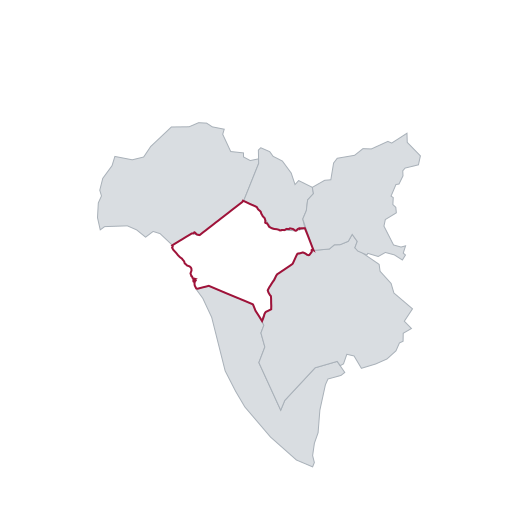 map of Kenya with United Republic of Tanzania, Somalia, Ethiopia and 2 others greyed out, rotated 113°
{"feature_id": "KEN", "entity_name": "Kenya", "entity_type": "country or territory", "adm_level": 0, "iso_a3": "KEN", "parent_name": "Africa", "parent_adm1": "", "projection": "orthographic", "projection_center": [37.674, 0.4], "detail": "fine", "context": "with_neighbors", "style": "outline", "palette": "rose", "viewbox_px": 512, "rotation_deg": 113, "n_neighbors": 5, "source": "natural_earth", "source_scale": "50m", "svg_char_len": 5324}
<svg xmlns="http://www.w3.org/2000/svg" viewBox="0 0 512 512"><g transform="rotate(113 256 256)"><path d="M210.2,288.9L259.4,316.7L260.3,324.2L278.8,337.1L272.9,353.0L273.6,360.3L281.8,365.0L278.6,376.1L278.5,386.2L288.1,406.8L292.8,409.6L282.6,416.9L268.7,421.9L261.1,421.7L256.5,425.5L244.4,427.4L229.1,423.8L219.5,424.8L215.8,407.5L208.8,398.1L196.3,395.7L170.3,384.3L163.2,368.1L155.7,360.9L153.0,353.4L154.2,346.7L151.7,334.8L157.0,334.2L169.7,320.1L166.0,307.8L169.7,306.2L170.4,298.6L165.3,291.2L169.8,289.7L210.2,288.9Z" fill="#d9dde1" stroke="#a8b0b8" stroke-width="1"/><path d="M302.1,287.7L301.9,240.5L316.7,221.7L324.9,221.4L336.3,212.3L353.0,211.7L388.3,173.0L377.7,173.1L335.8,157.9L321.3,140.1L328.5,128.8L332.7,131.1L341.1,141.7L347.4,141.8L372.9,137.0L394.4,129.8L405.5,129.1L417.6,125.9L423.3,121.6L428.0,121.5L428.0,139.1L417.0,171.9L399.3,207.3L388.6,221.8L373.8,239.5L329.8,272.8L315.7,288.5L309.8,298.4L302.1,287.7Z" fill="#d9dde1" stroke="#a8b0b8" stroke-width="1"/><path d="M388.3,173.0L353.0,211.7L336.3,212.3L324.9,221.4L316.7,221.7L313.1,225.8L304.3,225.8L299.1,221.4L287.3,226.8L283.5,232.2L264.9,229.9L248.5,218.9L239.5,218.9L235.1,214.7L235.1,207.4L228.4,205.3L220.9,191.2L215.0,188.2L212.8,183.1L206.4,176.8L198.5,175.9L203.0,168.5L209.8,168.2L215.6,139.4L221.6,135.8L228.5,120.9L236.2,114.6L243.5,91.3L258.1,94.0L262.0,84.6L269.6,90.3L277.0,87.3L280.0,90.0L288.6,90.1L299.6,95.2L308.6,103.6L318.2,115.1L309.7,126.7L311.0,134.0L321.1,133.3L324.0,135.6L321.3,140.1L335.8,157.9L377.7,173.1L388.3,173.0Z" fill="#d9dde1" stroke="#a8b0b8" stroke-width="1"/><path d="M210.2,288.9L169.8,289.7L157.6,295.2L154.5,293.9L154.6,284.1L157.6,279.2L158.3,268.8L165.9,256.0L175.0,248.0L169.9,246.2L170.8,231.0L176.1,227.5L184.2,230.4L194.6,227.4L203.7,227.4L211.7,221.5L217.8,230.5L224.9,251.9L210.1,275.1L210.2,288.9Z" fill="#d9dde1" stroke="#a8b0b8" stroke-width="1"/><path d="M170.8,231.0L159.5,222.4L156.6,216.9L140.1,220.9L134.3,219.4L124.8,204.6L115.4,199.5L112.4,191.7L99.0,179.4L99.0,175.2L84.0,165.0L92.3,161.2L99.6,143.8L108.6,142.1L116.8,153.1L120.2,154.2L124.8,152.0L133.9,152.5L135.5,155.1L148.1,155.1L148.6,152.5L155.2,150.1L156.6,146.3L161.4,143.7L171.9,151.2L178.5,149.9L192.1,133.7L191.1,126.0L188.2,122.3L195.8,121.6L196.7,118.8L202.5,119.7L200.9,129.1L202.2,138.3L208.7,143.3L209.9,154.1L211.7,154.3L211.7,164.3L209.8,168.2L203.0,168.5L198.5,175.9L206.4,176.8L212.8,183.1L215.0,188.2L220.9,191.2L228.4,205.3L203.7,227.4L194.6,227.4L184.2,230.4L176.1,227.5L170.8,231.0Z" fill="#d9dde1" stroke="#a8b0b8" stroke-width="1"/><path d="M210.2,289.6L210.2,287.3L210.5,281.7L210.5,276.8L210.7,274.3L212.0,272.7L212.5,271.6L212.9,270.0L213.6,268.7L215.0,267.7L215.3,267.1L216.8,265.3L217.7,263.0L218.4,262.3L219.3,261.6L219.9,261.2L220.9,260.8L221.7,260.6L221.8,260.4L221.9,260.1L221.6,258.7L222.0,258.2L222.5,257.3L223.1,256.4L223.7,255.8L224.0,255.3L224.1,254.3L224.2,253.6L224.2,252.4L224.0,249.8L223.3,247.6L222.9,245.2L223.2,244.4L222.7,243.0L222.5,242.9L222.1,242.6L221.5,241.3L221.1,240.0L220.9,239.7L219.2,238.6L218.3,236.1L217.3,235.6L216.8,233.0L216.7,232.3L217.3,229.8L217.2,229.2L216.7,228.7L215.0,228.2L213.7,227.1L213.9,226.8L214.0,226.4L213.3,226.2L211.3,221.9L213.9,219.3L216.5,216.7L219.9,213.4L223.0,210.4L225.7,207.8L228.1,205.4L228.0,205.9L228.0,206.5L228.3,206.8L228.8,207.1L229.5,206.8L230.1,206.4L230.6,206.4L234.2,207.3L234.8,208.2L234.8,209.1L234.9,209.8L234.6,210.4L234.3,212.4L234.4,214.3L235.5,215.6L236.4,216.7L237.2,218.2L237.7,218.7L238.5,218.9L241.0,219.0L244.6,219.1L248.1,219.2L248.4,219.2L249.2,219.4L252.4,221.4L255.3,223.3L257.8,224.9L260.2,226.5L262.6,228.0L264.4,229.3L266.2,229.7L269.2,229.8L271.2,229.9L273.1,230.4L275.8,230.9L277.9,231.2L279.2,231.5L282.7,231.8L283.2,231.6L284.8,230.2L286.5,227.9L287.1,226.6L289.4,225.4L293.3,223.7L296.0,222.4L299.1,221.2L300.4,222.3L302.4,224.0L303.2,224.8L303.9,225.2L305.0,225.4L306.2,225.5L306.9,225.4L308.3,225.2L311.6,225.0L313.5,225.0L311.9,227.3L310.0,230.0L306.6,235.1L303.9,237.7L301.9,239.7L301.7,240.1L301.7,242.3L301.7,247.8L301.8,258.7L301.9,269.6L301.9,280.5L301.9,286.0L301.9,287.8L303.7,290.1L305.4,292.4L307.7,295.4L308.9,296.9L309.1,297.5L309.1,298.5L307.2,300.8L305.6,301.8L303.6,302.3L302.9,302.2L302.1,301.9L301.8,302.4L301.6,303.2L301.1,303.0L300.8,302.8L301.0,304.3L301.2,305.0L300.9,306.0L299.8,306.8L299.8,307.6L297.6,309.5L294.5,309.7L292.8,310.6L292.1,311.4L291.5,313.1L291.7,315.7L290.9,317.7L290.7,318.7L289.1,320.0L288.4,321.2L287.9,322.4L287.4,322.9L286.8,325.6L286.1,327.3L285.9,327.8L285.7,328.3L285.1,329.3L284.8,329.9L284.5,330.4L282.6,334.6L281.1,336.5L280.0,336.3L279.2,337.0L279.1,337.3L278.7,337.1L277.7,336.4L275.7,335.0L273.8,333.6L271.8,332.2L269.8,330.7L267.8,329.3L265.8,327.9L263.8,326.4L261.9,325.0L260.7,324.2L260.2,323.7L259.8,322.7L259.6,322.5L259.0,322.1L258.4,322.1L258.2,321.9L258.3,321.4L258.5,320.7L259.2,319.4L259.3,318.6L259.1,317.8L258.9,316.4L258.7,316.0L257.4,315.3L254.6,313.8L251.9,312.2L249.1,310.7L246.3,309.1L243.6,307.6L240.8,306.1L238.1,304.5L235.3,303.0L232.5,301.4L229.8,299.9L227.0,298.3L224.2,296.8L221.5,295.3L218.7,293.7L216.0,292.2L213.2,290.6L212.2,290.0L211.2,289.6L210.2,289.6ZM302.1,304.5L301.6,304.7L301.9,303.9L303.3,303.0L303.9,303.2L304.0,303.4L303.9,303.6L303.7,303.8L302.1,304.5Z" fill="none" stroke="#9f1239" stroke-width="2"/></g></svg>